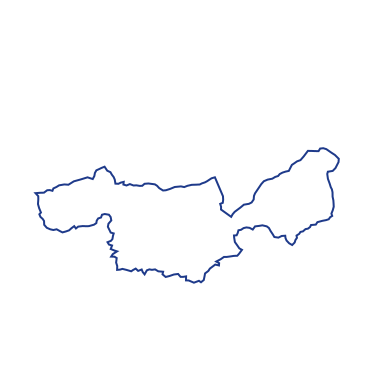 Itaperuçu, Paraná, Brazil (Mercator projection), rotated 303°
{"feature_id": "56859067B7017772888773", "entity_name": "Itaperuçu", "entity_type": "district", "adm_level": 2, "iso_a3": "BRA", "parent_name": "Brazil", "parent_adm1": "Paraná", "projection": "mercator", "projection_center": [-49.491, -25.111], "detail": "fine", "context": "isolated", "style": "outline", "palette": "blue", "viewbox_px": 384, "rotation_deg": 303, "n_neighbors": 0, "source": "geoboundaries", "source_scale": "gbopen_adm2", "svg_char_len": 3293}
<svg xmlns="http://www.w3.org/2000/svg" viewBox="0 0 384 384"><g transform="rotate(303 192 192)"><path d="M299.8,297.0L300.9,291.7L300.9,287.6L301.0,284.5L301.1,281.3L300.2,278.2L298.2,275.8L295.2,275.9L293.2,272.7L291.5,269.8L289.6,266.8L282.6,266.3L277.8,265.6L274.9,263.4L271.9,262.2L269.1,261.0L262.4,261.7L260.1,259.4L257.5,257.3L254.8,255.8L252.3,255.5L250.0,253.6L246.9,252.1L243.6,248.7L240.2,246.4L236.4,245.8L225.2,245.6L222.5,246.1L219.3,247.8L215.7,247.7L213.1,246.2L209.6,242.4L205.7,241.2L198.6,238.6L195.5,238.2L192.5,238.4L193.1,225.9L195.5,224.4L197.4,222.1L199.7,223.7L202.4,222.4L205.3,220.3L216.8,203.2L214.1,200.9L211.6,199.8L209.3,198.8L207.1,197.6L204.6,195.6L202.5,194.4L200.2,191.2L197.9,187.9L194.7,184.8L191.9,182.8L190.7,179.7L186.8,174.8L182.6,171.9L179.2,169.1L177.5,166.9L177.4,162.4L178.2,159.3L178.2,156.7L175.4,150.8L173.0,147.7L170.1,146.9L168.6,144.7L167.3,141.7L165.6,139.4L164.8,135.6L161.8,133.5L160.9,130.4L163.3,129.2L161.0,127.1L158.8,125.8L157.3,123.2L160.3,120.5L161.9,118.1L162.9,115.3L164.2,112.8L163.7,109.3L165.6,104.9L162.9,103.0L160.9,101.8L158.1,100.0L155.1,100.2L152.2,101.4L148.8,101.7L147.4,96.4L141.9,91.8L136.6,87.1L130.8,84.4L128.8,80.8L125.2,76.9L122.4,75.6L119.5,73.8L117.0,74.3L116.1,71.6L114.6,69.6L110.8,68.2L108.6,65.0L105.8,61.4L104.8,65.3L102.3,67.0L98.0,69.4L95.2,72.6L92.5,76.5L90.2,76.1L88.6,78.4L88.1,81.4L87.1,83.7L84.0,85.9L82.9,89.7L83.5,93.4L84.6,96.4L87.0,98.8L87.3,102.9L87.6,105.4L90.2,107.7L92.9,109.8L95.9,110.6L99.2,111.8L98.2,114.5L101.0,115.4L103.9,118.9L105.8,122.1L107.2,124.1L111.2,127.6L113.8,128.7L116.1,127.7L118.7,127.7L121.1,129.6L123.9,128.9L126.0,130.8L127.7,134.7L126.7,137.4L124.2,139.8L119.9,139.2L117.0,140.4L115.1,143.6L113.7,145.9L114.6,148.9L112.2,149.6L109.2,150.9L106.9,150.6L103.9,148.5L102.7,151.0L103.6,154.1L99.9,154.9L100.7,158.9L101.4,161.5L96.8,159.4L93.8,159.4L95.5,162.2L95.6,164.8L91.5,166.8L89.2,169.6L85.9,171.6L87.7,173.9L89.6,175.5L90.9,179.2L92.4,184.2L94.6,185.1L97.1,186.5L96.5,189.8L99.6,192.0L98.0,194.3L97.1,197.1L101.7,196.8L103.9,198.4L104.9,200.8L107.0,203.2L107.1,206.9L109.4,211.2L106.9,212.1L106.4,216.2L109.3,218.9L112.9,221.7L115.7,225.0L114.6,228.6L116.1,230.9L118.0,233.0L114.6,235.1L116.0,237.4L117.0,243.0L121.3,246.2L121.2,248.7L124.6,249.8L128.2,248.4L130.8,247.3L134.7,248.7L137.5,248.7L141.0,250.0L143.8,251.0L145.1,254.6L147.1,253.5L146.9,250.2L151.1,252.6L155.0,254.2L156.3,256.3L158.8,259.2L161.3,262.0L163.2,264.7L165.8,265.1L170.7,265.4L170.5,262.4L171.9,259.0L173.4,255.2L176.6,252.3L178.4,250.9L180.0,253.0L182.4,252.7L185.2,251.8L187.0,253.7L189.8,254.9L191.9,256.9L193.3,259.8L193.6,263.4L197.5,263.6L200.0,266.6L202.4,269.2L203.9,273.4L203.7,276.1L202.0,279.3L200.5,282.8L199.1,285.6L200.8,289.3L204.0,291.2L206.1,294.0L204.3,295.5L202.8,297.7L201.9,301.4L202.1,304.9L205.6,305.6L208.1,304.9L210.7,305.0L212.4,303.4L215.3,304.7L217.6,304.7L219.4,306.5L222.7,307.4L224.4,309.2L226.9,310.1L229.1,309.8L232.1,313.6L235.0,313.6L238.8,317.0L241.4,319.7L243.6,321.5L246.1,321.6L248.3,322.6L249.8,320.7L253.3,320.0L256.8,318.9L259.2,317.2L262.0,315.1L264.6,312.5L268.3,310.0L270.4,307.9L271.6,305.8L274.0,302.9L277.1,298.8L280.8,295.6L283.0,294.9L286.3,298.5L290.2,299.3L296.9,298.6L299.8,297.0Z" fill="none" stroke="#1e3a8a" stroke-width="2"/></g></svg>